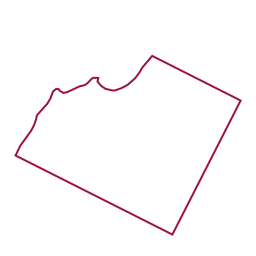 Iosco, Michigan, United States of America (orthographic projection), rotated 207°
{"feature_id": "52423323B62328653223732", "entity_name": "Iosco", "entity_type": "district", "adm_level": 2, "iso_a3": "USA", "parent_name": "United States of America", "parent_adm1": "Michigan", "projection": "orthographic", "projection_center": [-83.454, 44.337], "detail": "fine", "context": "isolated", "style": "outline", "palette": "rose", "viewbox_px": 256, "rotation_deg": 207, "n_neighbors": 0, "source": "geoboundaries", "source_scale": "gbopen_adm2", "svg_char_len": 575}
<svg xmlns="http://www.w3.org/2000/svg" viewBox="0 0 256 256"><g transform="rotate(207 128 128)"><path d="M40.1,203.6L139.2,203.2L142.7,188.3L143.0,182.8L144.2,175.6L147.8,166.5L151.8,160.7L156.7,155.5L159.4,154.2L165.8,152.7L170.9,153.3L176.3,155.6L177.2,159.1L181.3,157.2L182.5,156.0L184.5,149.4L186.1,146.5L189.9,143.3L198.7,132.1L201.5,130.0L205.3,130.1L207.9,131.2L210.0,129.8L211.4,126.5L210.5,119.0L211.0,112.7L214.7,98.8L214.7,96.8L213.8,94.2L213.0,88.1L213.1,81.5L215.9,63.5L215.7,52.4L40.1,53.2L40.1,203.6Z" fill="none" stroke="#9f1239" stroke-width="2"/></g></svg>